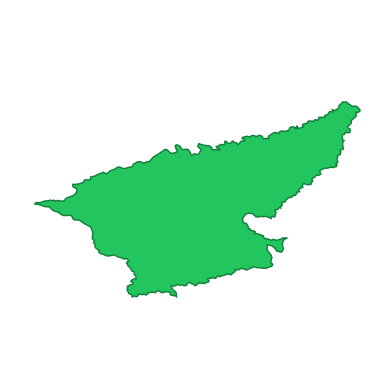 La Mar, Ayacucho, Peru, rotated 279°
{"feature_id": "86281439B39408402026891", "entity_name": "La Mar", "entity_type": "district", "adm_level": 2, "iso_a3": "PER", "parent_name": "Peru", "parent_adm1": "Ayacucho", "projection": "equal_earth", "projection_center": [-73.706, -13.004], "detail": "fine", "context": "isolated", "style": "filled", "palette": "green", "viewbox_px": 384, "rotation_deg": 279, "n_neighbors": 0, "source": "geoboundaries", "source_scale": "gbopen_adm2", "svg_char_len": 6048}
<svg xmlns="http://www.w3.org/2000/svg" viewBox="0 0 384 384"><g transform="rotate(279 192 192)"><path d="M304.4,326.5L302.9,326.0L300.6,323.8L298.6,324.0L297.3,323.1L295.2,321.1L294.8,319.2L295.0,317.8L293.9,318.8L293.3,318.8L292.8,315.3L289.9,313.9L288.0,311.1L287.1,311.7L286.4,311.5L285.7,305.8L283.8,305.7L282.6,304.8L282.1,304.0L282.7,303.0L282.3,301.8L281.7,300.9L280.3,300.2L280.7,297.9L280.5,296.4L279.7,295.5L278.1,294.9L276.2,290.9L275.1,290.7L273.4,291.9L272.8,289.7L271.6,288.7L271.6,287.4L273.4,285.4L272.0,285.1L271.4,285.7L270.6,285.1L270.6,284.2L271.7,284.0L272.0,283.3L272.1,281.2L271.6,279.7L270.4,278.3L267.7,278.1L267.6,276.8L266.4,274.6L266.2,270.5L265.0,268.9L264.0,268.9L263.4,268.1L263.9,265.7L263.5,263.9L262.9,262.9L259.1,258.9L258.2,258.8L257.3,259.8L256.9,259.5L256.5,256.5L255.6,254.2L258.0,252.5L258.6,249.7L256.9,247.1L257.4,243.6L256.9,242.1L255.4,240.4L255.7,238.1L254.5,234.8L253.6,233.3L252.9,233.1L251.9,235.7L250.8,236.2L249.9,232.6L246.0,230.2L246.0,229.6L246.9,229.1L247.5,227.8L247.6,225.5L248.7,224.8L248.1,223.6L246.5,223.2L245.9,221.1L245.8,219.7L247.2,218.0L247.4,216.9L247.0,216.4L246.0,216.9L244.3,216.8L243.3,214.5L243.5,212.7L242.7,212.2L240.4,209.0L239.6,209.5L239.2,212.3L238.3,212.8L237.5,212.6L237.7,208.8L236.9,206.1L237.5,204.9L239.1,204.3L240.3,202.0L240.0,195.9L240.8,191.2L238.1,190.5L235.2,194.2L234.0,194.5L233.0,193.4L231.0,193.2L230.3,192.4L229.9,190.7L230.0,188.0L227.9,186.1L228.3,185.3L230.8,184.0L233.2,181.8L233.5,180.1L232.6,177.3L232.7,175.2L233.0,174.5L234.9,173.6L236.1,170.9L236.1,169.3L235.2,168.3L234.1,168.6L232.4,169.3L230.3,171.2L229.0,170.4L228.0,168.8L227.1,166.4L227.1,164.7L229.7,160.9L230.0,159.6L229.4,158.3L224.8,153.5L220.5,148.4L215.4,145.1L214.8,142.9L213.1,140.0L213.2,138.7L213.9,136.2L213.5,133.9L210.2,129.6L208.3,129.4L207.4,128.7L206.6,125.9L204.6,122.1L204.5,119.6L205.3,116.8L204.9,114.7L202.5,112.2L200.3,108.2L196.7,104.8L196.5,103.8L197.4,102.4L197.6,101.3L196.6,100.0L195.5,97.5L192.3,93.2L191.2,89.7L188.6,89.7L187.6,88.1L187.4,84.6L186.7,83.8L185.0,83.5L184.1,82.6L182.8,80.2L181.3,76.0L181.0,73.2L179.6,73.2L178.3,74.0L177.7,76.5L176.5,78.0L174.6,78.3L173.4,77.9L171.4,76.8L169.7,74.9L166.3,68.9L163.9,67.4L162.9,66.3L162.6,65.2L162.7,60.9L161.8,59.5L162.2,56.8L161.7,56.1L161.8,53.5L160.8,51.3L160.0,47.8L157.5,43.4L157.5,40.9L156.5,38.9L155.5,38.8L155.7,42.3L154.6,49.2L155.0,53.2L152.2,57.4L151.4,60.4L151.2,63.4L150.0,64.9L148.6,68.5L150.0,75.9L148.5,78.0L147.1,78.4L146.3,79.6L146.1,81.5L146.7,83.8L146.2,86.2L143.9,90.4L141.7,97.3L136.5,100.4L130.3,100.8L128.4,103.3L126.6,102.7L125.2,104.3L122.1,105.2L121.3,106.3L120.0,109.2L119.2,109.0L117.8,109.7L116.8,111.2L116.6,113.7L115.6,117.7L115.9,120.0L117.7,125.0L116.3,129.3L116.0,132.8L115.1,135.4L115.9,136.9L115.7,138.8L113.9,140.3L112.7,138.8L111.2,138.8L110.7,139.7L109.4,140.0L108.8,140.7L107.2,143.2L104.5,145.0L104.5,146.5L104.0,147.3L101.6,147.7L100.3,149.5L97.8,150.4L97.4,148.8L95.1,145.7L93.6,146.0L93.6,147.6L92.4,148.0L91.4,147.6L90.2,144.7L89.4,144.3L88.7,142.9L87.7,143.4L86.7,143.1L85.9,143.8L85.3,143.3L84.0,143.8L83.1,144.9L81.9,145.4L81.1,148.4L79.0,149.3L80.0,151.1L79.9,153.2L80.3,154.3L82.2,155.1L83.0,156.4L82.8,159.2L83.8,160.7L83.1,162.2L83.3,163.2L85.1,164.3L86.5,166.9L86.5,168.2L87.2,169.6L86.7,171.3L88.7,173.1L89.2,174.5L88.5,176.9L87.8,177.4L87.8,178.4L88.6,179.3L88.7,180.3L89.3,181.4L89.7,185.1L89.6,185.9L88.8,186.5L87.4,186.6L86.9,187.2L86.8,192.0L86.2,193.0L89.6,192.3L91.1,190.9L92.9,187.8L96.2,186.0L96.2,188.9L98.3,192.2L98.0,194.3L98.9,196.5L98.2,198.2L98.6,200.7L98.9,201.2L101.7,202.1L102.3,203.9L101.4,205.6L101.1,208.3L100.0,209.4L100.8,211.2L102.8,212.3L103.4,214.7L103.6,218.7L105.2,220.8L106.0,222.7L107.1,222.6L108.4,220.8L109.6,222.5L109.7,224.4L110.4,224.9L110.9,226.1L110.3,227.4L110.5,228.8L112.4,230.0L113.1,231.1L112.6,232.8L113.7,234.1L115.5,238.2L116.6,239.4L116.3,243.3L120.2,246.9L122.3,246.8L122.0,248.5L122.3,249.7L122.8,250.8L124.2,252.0L124.1,256.2L123.5,257.9L123.8,258.9L125.5,260.9L127.8,265.0L127.4,268.9L128.0,271.0L127.6,273.3L128.2,275.6L128.1,277.0L129.4,278.6L130.2,280.8L131.5,282.6L133.3,283.0L134.3,281.0L134.8,280.8L140.0,281.1L142.1,280.0L146.3,275.3L151.7,274.7L151.3,279.8L149.8,281.7L149.5,282.7L147.1,284.6L146.5,289.2L147.9,290.6L150.6,291.1L151.9,290.2L155.8,289.2L159.3,290.3L161.3,292.8L161.5,291.9L161.0,290.9L161.0,289.2L159.7,287.6L157.4,283.0L158.0,280.2L157.6,279.0L156.6,278.2L157.5,274.0L157.2,271.3L158.8,269.7L159.9,269.3L159.7,268.3L160.5,266.6L161.0,262.6L160.8,260.5L161.2,260.1L162.5,260.7L162.9,260.3L163.3,258.5L163.1,256.5L164.8,254.8L164.5,253.7L166.2,253.1L169.2,250.8L169.7,249.8L169.4,247.9L169.7,247.4L173.1,246.2L174.3,246.3L178.0,248.2L179.5,250.0L180.0,251.6L180.2,255.0L177.4,259.3L178.0,260.8L177.7,261.6L178.6,262.9L178.7,265.6L179.6,269.4L178.2,274.2L179.5,274.4L180.5,275.2L180.2,276.8L180.3,277.7L185.4,278.1L186.5,276.9L187.5,276.8L188.2,279.5L188.9,279.5L190.2,280.6L190.1,282.2L191.6,281.6L192.7,283.0L193.4,283.1L195.8,282.1L196.4,283.6L196.4,284.6L197.2,285.8L198.5,285.8L201.0,287.8L202.2,290.0L202.5,291.4L204.5,292.6L204.9,294.7L207.3,295.7L208.3,295.5L209.1,298.2L209.7,298.2L210.7,297.0L211.3,297.0L212.3,297.9L214.0,300.7L215.5,300.0L217.4,300.6L217.8,301.5L217.3,304.5L218.0,308.3L220.3,308.5L221.3,309.5L223.0,308.6L224.7,308.8L225.7,311.0L227.9,311.9L228.6,315.1L229.9,316.4L232.4,314.9L233.4,315.2L235.5,318.1L236.5,320.3L236.8,322.1L238.0,324.5L238.3,327.6L239.7,330.5L240.4,330.3L241.4,331.0L242.5,329.8L244.4,331.4L247.1,329.9L249.0,330.5L250.5,330.1L251.8,331.1L252.2,332.6L253.6,332.4L254.7,332.8L255.6,331.9L256.6,332.0L258.2,334.9L262.2,333.3L264.9,333.3L266.6,334.1L267.3,332.3L271.9,331.6L273.0,333.6L275.2,334.6L274.9,337.0L275.5,338.6L278.1,338.6L279.1,337.8L279.9,335.7L280.4,335.4L281.9,336.0L282.7,337.2L285.0,338.5L287.5,338.1L292.7,342.3L296.3,341.5L296.7,343.2L297.6,344.8L298.7,345.2L299.8,344.7L302.3,341.4L302.2,338.8L301.5,336.7L302.7,335.1L303.5,332.7L305.0,330.7L304.4,326.5Z" fill="#22c55e" stroke="#15803d" stroke-width="1.5"/></g></svg>